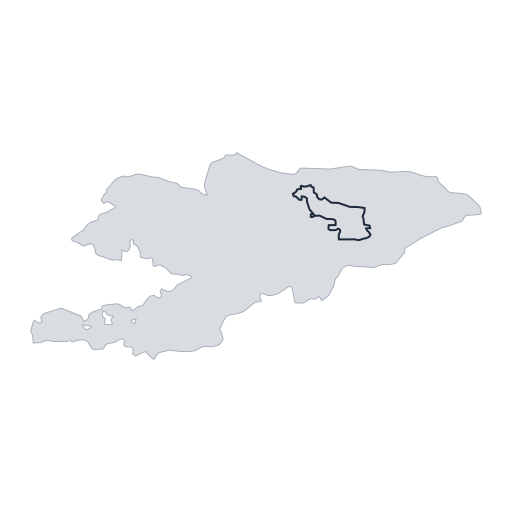 location of Tong, Ysyk-Köl, Kyrgyzstan
{"feature_id": "92254566B55303155079831", "entity_name": "Tong", "entity_type": "district", "adm_level": 2, "iso_a3": "KGZ", "parent_name": "Kyrgyzstan", "parent_adm1": "Ysyk-Köl", "projection": "natural_earth1", "projection_center": [76.22, 42.065], "detail": "fine", "context": "in_parent", "style": "outline", "palette": "slate", "viewbox_px": 512, "rotation_deg": 0, "n_neighbors": 0, "source": "geoboundaries", "source_scale": "gbopen_adm2", "svg_char_len": 5117}
<svg xmlns="http://www.w3.org/2000/svg" viewBox="0 0 512 512"><path d="M102.1,306.3L103.5,305.5L107.8,304.7L116.4,303.8L119.3,304.4L125.2,307.8L129.7,307.4L130.5,307.9L132.2,310.8L138.5,306.5L143.0,305.3L145.4,301.1L150.4,296.1L154.5,295.2L154.6,296.1L155.4,296.8L159.6,298.0L160.9,296.6L161.6,294.8L160.2,291.9L160.2,290.7L161.5,288.9L168.3,291.7L169.8,291.6L172.9,290.1L175.7,287.3L176.8,285.2L190.7,278.2L191.7,277.0L191.5,276.1L185.8,274.4L183.1,275.3L180.7,275.3L179.3,274.3L172.2,273.9L170.7,273.2L166.1,268.2L160.3,265.0L157.5,265.2L154.1,266.5L153.1,265.9L152.9,261.2L152.3,258.4L150.3,257.7L147.7,258.8L140.6,257.3L139.9,251.3L137.3,246.1L133.6,244.0L133.5,240.8L132.2,239.5L131.1,239.9L129.6,241.5L130.3,244.9L129.7,248.4L128.8,250.2L127.1,251.5L125.3,251.5L122.1,249.7L121.4,260.3L120.8,260.9L116.9,259.4L113.8,260.1L109.3,259.4L105.8,257.7L99.1,255.7L96.0,253.8L94.2,246.7L92.4,244.2L90.6,243.7L83.5,246.1L76.2,241.8L72.5,240.9L71.6,239.6L71.8,238.0L83.1,230.1L87.6,224.7L90.4,222.4L97.5,220.0L99.2,215.0L99.8,214.5L107.0,212.1L115.0,207.7L115.2,206.5L114.4,205.5L107.3,201.5L103.7,203.3L101.5,201.0L101.6,198.7L104.1,194.6L106.1,192.6L107.0,188.7L110.0,186.1L113.0,181.9L116.7,178.5L123.4,176.0L127.2,176.8L130.7,176.2L136.1,174.2L139.5,174.0L153.4,177.2L158.0,177.3L168.8,181.4L177.2,183.4L181.3,187.4L194.9,189.1L198.6,190.3L200.0,192.2L203.8,194.6L207.1,195.1L204.3,185.7L205.5,180.1L210.0,164.8L212.2,162.5L223.4,158.2L225.9,155.0L233.9,155.0L235.6,154.5L236.5,152.7L261.0,166.1L270.3,169.8L283.1,173.3L294.1,174.4L295.9,173.6L300.3,168.4L302.3,168.1L329.4,169.1L348.8,166.3L351.6,166.4L358.8,169.4L381.7,170.3L390.7,172.2L405.0,171.5L411.0,171.9L421.8,175.6L425.6,176.4L432.7,177.0L435.4,176.4L437.0,177.2L438.6,182.0L445.3,188.1L447.8,191.3L450.3,192.6L463.0,193.6L467.8,194.9L479.7,206.3L481.3,213.0L480.1,214.4L467.6,215.3L464.8,216.3L461.9,221.2L445.2,227.2L442.7,227.2L420.4,238.6L405.0,248.2L404.4,252.8L395.4,263.4L388.6,264.7L382.8,264.4L373.3,267.6L361.1,266.5L357.0,266.7L349.0,265.3L345.8,266.0L342.4,268.2L337.7,276.6L335.7,278.6L334.9,280.5L334.2,284.6L332.3,288.9L328.4,295.5L324.9,298.6L321.7,300.5L319.3,296.5L315.1,299.2L311.3,298.7L308.9,299.5L303.5,303.0L295.5,302.9L294.6,301.7L293.1,292.1L291.7,287.5L290.5,286.5L289.1,286.4L277.6,293.9L272.3,295.3L268.0,295.5L262.3,293.2L261.0,293.8L260.0,295.0L259.6,296.6L261.3,300.9L260.8,301.7L258.2,301.6L254.6,302.6L243.6,311.5L236.7,313.9L230.2,314.8L226.3,316.4L224.1,319.7L219.8,328.8L220.0,330.8L221.7,333.2L223.0,338.8L222.7,340.2L219.2,344.8L214.8,346.2L211.3,346.9L204.7,346.3L201.3,347.2L195.0,350.7L189.8,351.4L180.0,351.5L170.5,350.1L167.3,350.6L158.9,352.7L155.9,355.9L154.3,358.9L153.5,359.3L150.2,356.6L145.9,351.9L143.8,351.9L136.1,355.8L135.0,355.7L132.8,354.2L133.2,348.2L130.8,347.0L125.6,346.7L123.8,345.4L124.5,341.5L123.9,340.1L122.6,338.9L119.9,339.2L114.4,342.5L108.0,343.6L105.8,344.6L103.3,348.8L94.8,349.7L92.1,348.7L87.1,341.0L82.8,339.8L78.3,340.1L72.2,342.1L70.8,340.4L69.2,339.9L67.8,341.3L60.3,341.5L52.8,341.4L48.5,340.4L45.7,340.5L40.1,342.6L33.2,343.0L32.7,335.7L30.7,330.9L33.0,322.8L34.2,320.2L39.2,323.2L41.1,322.7L41.6,321.1L40.9,317.5L43.5,313.6L61.5,308.2L81.2,316.1L83.7,321.2L85.4,320.9L88.2,318.6L89.1,314.3L93.1,311.8L101.6,308.9L102.1,306.3ZM112.0,324.1L112.4,323.4L111.0,319.6L113.1,316.1L109.0,315.5L107.0,314.5L104.8,310.9L104.0,310.8L102.8,311.7L102.1,314.1L102.6,316.6L105.5,319.0L104.0,324.0L109.9,324.6L112.0,324.1ZM91.2,327.6L91.1,326.5L89.7,326.0L82.3,324.6L82.6,325.6L85.4,329.3L87.5,329.5L91.2,327.6ZM135.6,321.1L136.0,318.8L131.6,320.2L131.0,321.3L132.5,322.8L134.4,323.4L135.6,321.1Z" fill="#d9dde1" stroke="#a8b0b8" stroke-width="1"/><path d="M303.6,186.6L302.3,186.0L301.9,185.9L301.3,185.8L301.0,186.0L300.8,186.1L300.7,186.3L300.7,187.0L300.9,187.3L301.0,187.7L301.0,188.2L301.0,188.3L301.0,188.6L301.0,188.9L300.9,188.9L300.8,189.0L300.2,188.9L299.9,188.8L299.6,188.8L299.2,189.0L298.9,189.2L298.1,189.3L297.4,189.3L297.0,189.5L296.8,189.8L297.0,190.3L296.9,190.5L296.5,191.0L296.4,191.1L296.2,191.5L295.9,191.8L294.8,192.6L294.5,193.0L294.2,193.3L294.1,193.2L293.9,193.1L293.5,193.3L293.3,193.8L293.1,193.8L292.9,193.9L293.1,194.8L293.9,196.3L295.8,196.4L299.5,199.9L301.6,199.7L301.7,196.4L304.2,196.6L306.9,198.3L307.0,201.7L309.4,209.2L313.6,214.2L310.9,214.3L310.7,216.8L311.9,217.2L315.0,215.8L319.5,215.6L326.5,218.9L333.1,219.2L335.2,220.3L335.7,222.3L335.5,225.1L328.8,225.1L328.4,228.7L329.9,230.1L335.4,230.1L338.4,228.7L340.0,229.9L340.1,232.0L338.9,233.9L338.7,237.2L338.9,239.4L347.6,239.4L354.5,239.3L358.8,240.2L364.0,238.5L365.6,238.4L369.3,236.7L370.5,234.6L370.0,234.0L368.8,232.0L367.0,230.5L366.1,228.4L370.2,228.1L369.5,225.6L364.1,224.5L363.4,218.3L362.6,216.3L364.4,212.3L364.6,208.0L357.5,207.0L350.0,206.9L338.2,202.9L331.2,202.7L324.5,197.5L321.7,199.6L319.3,199.3L317.1,197.0L316.9,194.4L313.8,192.4L313.6,187.6L310.8,186.3L310.7,185.3L310.4,185.4L309.7,185.4L309.3,185.4L308.9,185.5L308.6,185.6L307.5,186.3L307.3,186.3L307.0,186.4L305.3,186.4L305.0,186.4L304.6,186.6L304.1,186.7L303.6,186.6Z" fill="none" stroke="#1e293b" stroke-width="2"/></svg>